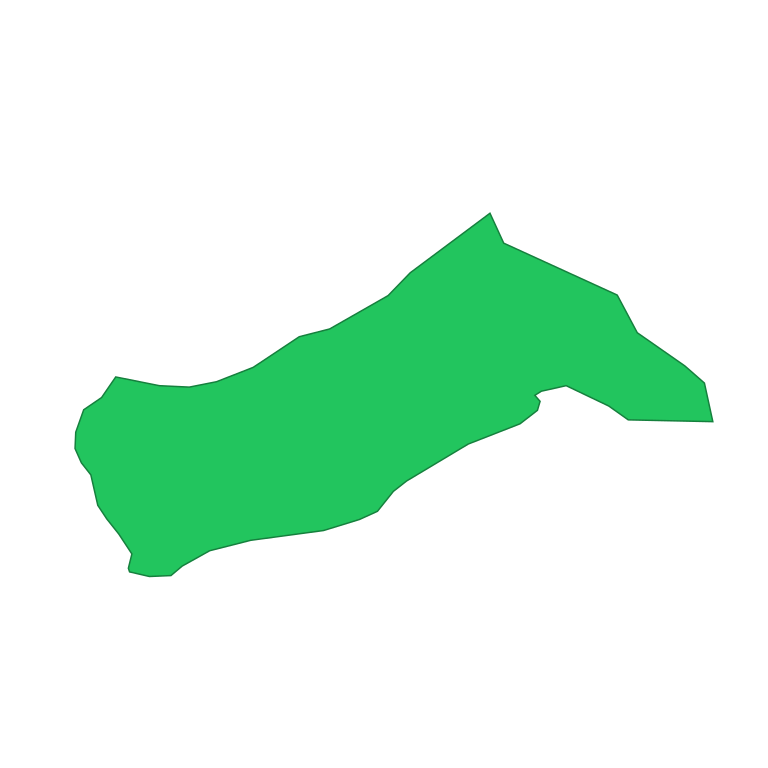 SVG path tracing the border of Pivka, rotated 349°
{"feature_id": "SVN-977", "entity_name": "Pivka", "entity_type": "Statistical Region", "adm_level": 1, "iso_a3": "SVN", "parent_name": "Slovenia", "parent_adm1": "", "projection": "equal_earth", "projection_center": [14.213, 45.688], "detail": "fine", "context": "isolated", "style": "filled", "palette": "green", "viewbox_px": 768, "rotation_deg": 349, "n_neighbors": 0, "source": "natural_earth", "source_scale": "10m", "svg_char_len": 737}
<svg xmlns="http://www.w3.org/2000/svg" viewBox="0 0 768 768"><g transform="rotate(349 384 384)"><path d="M520.6,236.6L528.4,268.6L629.9,341.2L642.4,382.0L682.8,423.7L698.7,444.2L699.6,483.7L616.9,465.8L600.4,448.5L562.5,420.4L537.1,421.1L529.9,423.9L533.9,430.8L529.6,439.1L510.0,449.0L455.3,459.0L387.7,483.5L372.7,491.2L353.3,507.7L334.1,512.3L296.7,516.3L223.4,512.0L181.1,514.4L151.2,524.2L138.3,531.4L117.0,528.2L98.4,519.9L97.9,516.1L104.1,502.7L95.0,480.6L86.1,463.5L79.9,448.5L78.9,417.3L71.9,403.6L68.4,388.4L72.2,372.5L84.3,352.0L104.2,343.4L122.0,325.9L163.2,342.8L192.3,349.9L220.0,349.8L258.8,342.7L309.9,321.4L341.1,319.6L404.9,298.0L431.0,279.8L520.6,236.6Z" fill="#22c55e" stroke="#15803d" stroke-width="1.5"/></g></svg>